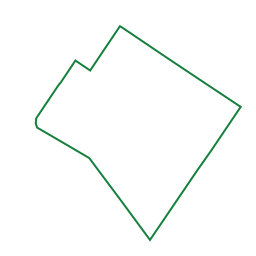 Pueblo, Colorado, United States of America, rotated 34°
{"feature_id": "52423323B13171777995107", "entity_name": "Pueblo", "entity_type": "district", "adm_level": 2, "iso_a3": "USA", "parent_name": "United States of America", "parent_adm1": "Colorado", "projection": "natural_earth1", "projection_center": [-104.683, 38.129], "detail": "fine", "context": "isolated", "style": "outline", "palette": "green", "viewbox_px": 256, "rotation_deg": 34, "n_neighbors": 0, "source": "geoboundaries", "source_scale": "gbopen_adm2", "svg_char_len": 411}
<svg xmlns="http://www.w3.org/2000/svg" viewBox="0 0 256 256"><g transform="rotate(34 128 128)"><path d="M46.7,101.5L46.8,128.1L46.4,131.0L46.5,171.5L49.0,175.8L52.4,178.5L82.7,176.5L109.4,174.8L112.7,174.6L161.1,191.5L208.8,208.5L208.9,190.4L209.1,124.3L209.6,100.7L209.6,47.5L125.6,48.0L115.2,48.0L65.8,48.0L64.4,48.1L64.4,78.2L64.5,101.5L46.7,101.5Z" fill="none" stroke="#15803d" stroke-width="2"/></g></svg>